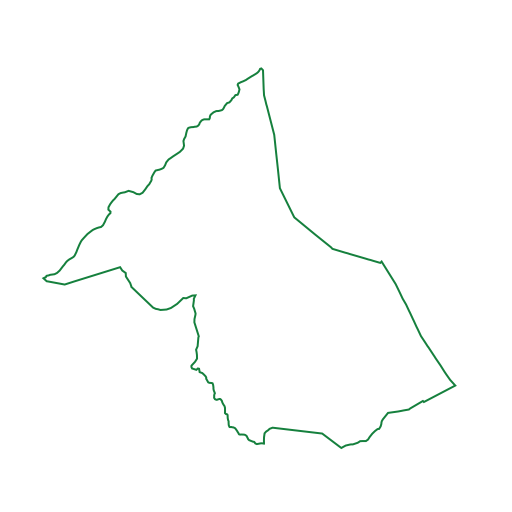 outline of Venus, Anse-la-Raye, Saint Lucia, rotated 185°
{"feature_id": "8701671B61834764030996", "entity_name": "Venus", "entity_type": "district", "adm_level": 2, "iso_a3": "LCA", "parent_name": "Saint Lucia", "parent_adm1": "Anse-la-Raye", "projection": "mercator", "projection_center": [-61.013, 13.912], "detail": "fine", "context": "isolated", "style": "outline", "palette": "green", "viewbox_px": 512, "rotation_deg": 185, "n_neighbors": 0, "source": "geoboundaries", "source_scale": "gbopen_adm2", "svg_char_len": 5909}
<svg xmlns="http://www.w3.org/2000/svg" viewBox="0 0 512 512"><g transform="rotate(185 256 256)"><path d="M231.7,69.8L231.7,70.1L232.0,72.6L232.2,76.1L232.0,80.1L230.6,82.0L228.8,83.4L227.4,85.0L224.5,86.4L174.6,84.9L154.3,72.2L150.1,75.0L145.5,76.5L143.0,76.8L138.4,78.8L136.1,80.6L133.9,80.9L130.4,81.2L128.4,82.9L127.0,85.6L124.7,89.1L122.2,92.0L119.9,94.1L119.4,94.3L118.3,94.5L117.0,97.1L116.5,99.6L116.5,101.0L116.3,102.4L115.4,104.3L110.8,111.2L100.8,113.5L97.6,114.4L95.6,115.0L94.8,115.2L90.3,116.4L89.2,117.5L77.1,126.1L76.2,125.4L76.0,125.2L46.2,144.3L49.0,146.9L51.8,149.5L56.1,154.6L58.2,157.2L62.6,163.0L67.2,168.6L68.5,170.2L69.6,171.7L69.8,171.9L76.6,180.5L76.9,180.7L79.3,183.8L84.7,190.6L86.5,193.7L88.6,197.3L89.9,199.4L93.7,206.1L93.8,206.2L98.0,213.5L98.3,213.9L102.3,220.8L106.2,226.3L109.4,231.8L113.1,238.0L114.5,240.3L130.4,261.4L131.5,260.0L132.8,260.2L139.3,261.5L141.5,262.0L143.6,262.3L146.4,262.9L147.4,263.1L153.9,264.4L163.5,266.3L164.1,266.5L164.7,266.6L166.2,266.9L167.0,267.0L168.0,267.2L180.5,269.8L180.7,270.0L182.0,271.2L198.9,282.5L210.7,290.6L221.2,297.8L222.2,299.4L238.1,325.6L241.7,344.2L244.8,359.8L248.4,378.3L258.2,406.1L258.9,407.8L260.1,411.4L262.0,416.8L262.5,420.3L262.9,422.9L265.2,441.6L266.7,443.0L267.1,443.3L268.2,442.8L268.3,442.3L269.1,440.6L270.0,439.3L271.1,438.2L272.9,436.8L273.1,436.7L274.3,435.8L274.7,435.5L275.8,434.8L279.9,431.7L281.3,430.5L284.2,428.8L286.3,427.8L286.7,427.5L288.8,426.2L289.2,424.8L288.2,423.1L287.0,420.6L287.0,420.4L287.4,417.9L287.9,416.1L288.4,415.0L290.5,414.5L291.9,412.1L293.4,410.9L294.1,409.1L295.9,406.7L298.1,405.8L300.2,402.8L300.8,401.2L301.5,399.6L302.2,398.8L302.5,398.5L302.8,398.3L303.6,398.0L305.0,397.5L305.9,397.2L308.2,396.9L310.7,395.5L311.1,395.2L311.7,394.5L312.2,394.1L313.5,392.7L313.6,392.4L313.8,391.9L313.9,391.6L314.0,391.3L314.1,390.5L314.0,389.6L314.5,388.1L316.2,387.9L317.8,387.8L319.6,387.6L320.9,387.0L321.3,386.8L322.2,386.0L323.4,384.2L323.7,383.6L324.0,382.3L324.6,381.3L324.9,381.0L325.3,380.5L326.2,379.9L326.7,379.7L328.4,379.4L329.5,379.0L331.0,378.8L332.1,378.6L333.9,378.0L334.9,377.3L335.7,375.1L336.2,372.3L336.2,372.1L336.6,368.9L337.8,366.3L338.3,364.2L337.3,359.6L338.0,356.6L340.9,353.1L343.5,351.0L347.2,348.1L349.9,345.8L351.3,344.7L352.0,343.8L353.6,341.4L354.1,339.7L354.5,338.4L355.7,336.0L355.9,335.7L357.1,334.9L358.4,334.2L360.2,333.4L360.8,333.3L361.0,333.2L361.3,333.1L363.4,332.4L364.2,331.2L364.8,330.0L366.2,326.9L366.5,326.0L366.6,325.6L366.9,324.7L366.6,323.1L366.8,322.2L367.1,321.3L367.7,320.2L368.6,318.2L370.2,316.2L372.1,312.8L374.5,309.1L377.3,307.3L380.3,307.4L383.7,308.9L388.6,309.8L392.3,308.0L394.0,307.6L396.3,306.9L398.4,305.6L399.7,303.7L402.0,300.3L403.2,299.0L404.6,296.9L405.8,294.9L407.2,291.7L407.1,289.3L404.8,287.5L404.8,285.9L406.0,284.7L407.4,282.5L408.6,279.8L409.5,277.0L411.1,273.3L412.9,271.4L415.1,270.7L417.0,269.9L419.3,268.7L420.9,267.7L422.8,266.0L425.8,263.2L429.0,259.1L431.0,256.4L431.8,254.8L433.0,251.7L434.6,246.7L435.3,244.2L436.7,240.6L437.7,239.2L439.4,237.9L441.6,236.4L443.5,234.7L444.7,233.2L446.3,230.5L447.4,229.0L450.3,224.4L452.7,221.8L455.1,220.3L456.8,219.9L459.5,219.3L460.6,218.7L461.2,218.5L462.9,218.0L463.1,217.7L463.3,217.2L463.6,216.5L464.6,216.1L465.8,215.3L462.3,212.6L460.8,212.5L444.1,210.9L435.1,214.7L390.4,233.0L388.0,229.9L384.3,227.7L383.8,224.2L379.0,218.1L377.6,215.0L377.5,214.4L354.0,195.6L351.2,194.6L348.9,194.4L346.5,193.9L344.0,194.3L340.4,194.9L336.2,196.8L330.4,201.4L324.8,207.8L321.8,207.8L316.1,211.0L312.9,211.5L314.2,208.0L314.0,206.3L314.3,200.5L313.0,198.1L311.2,193.5L311.2,192.1L311.8,187.8L311.6,184.5L306.0,171.0L306.3,169.9L306.3,161.0L307.5,157.4L306.8,155.0L306.2,152.2L305.8,148.6L307.5,145.3L310.7,141.2L310.7,139.9L309.9,138.4L305.5,137.4L304.1,138.9L302.9,138.7L302.0,135.4L299.3,134.7L297.5,133.3L295.6,131.6L295.0,130.6L294.9,129.3L294.5,128.8L292.6,126.0L292.1,125.8L291.4,125.6L290.4,125.6L289.0,125.6L288.2,125.4L287.9,124.8L287.4,123.6L287.3,123.0L287.2,122.6L287.0,121.7L286.9,121.2L286.9,120.8L286.8,120.2L286.8,119.9L286.6,119.3L286.3,118.3L285.9,117.5L285.6,117.0L285.5,116.6L285.3,116.3L285.0,115.7L285.1,115.4L285.3,115.0L285.4,114.5L285.5,113.5L285.5,113.0L285.4,112.7L285.4,111.9L285.4,111.4L285.3,111.0L285.1,110.7L284.6,110.1L284.4,109.8L284.1,109.7L283.7,109.5L283.0,109.4L282.6,109.3L281.8,109.6L281.3,109.9L280.4,110.2L280.0,110.4L279.3,110.4L279.0,110.3L278.6,110.0L278.3,109.8L277.9,109.3L277.6,108.9L277.3,108.6L277.1,108.0L276.9,107.5L276.8,107.2L276.5,106.7L276.3,106.4L276.0,105.9L275.4,105.1L275.2,104.8L274.8,104.3L274.5,104.0L274.2,103.5L274.1,103.3L273.9,102.6L273.7,102.2L273.6,101.6L273.6,101.3L273.5,100.7L273.5,100.3L273.4,99.4L273.3,98.7L273.3,98.3L273.3,97.8L273.2,96.8L272.8,96.5L272.1,95.9L271.4,95.9L271.1,95.8L270.7,95.5L270.5,95.2L270.4,94.7L270.3,94.2L270.3,93.8L270.2,93.4L270.1,92.3L270.0,91.9L269.7,90.8L269.6,90.4L269.4,89.9L269.2,89.6L269.0,89.1L268.9,88.8L268.8,88.4L268.8,88.1L268.8,87.6L268.7,87.1L268.6,86.3L268.6,86.2L268.5,85.7L268.4,85.2L268.1,84.4L267.7,83.8L267.4,83.3L267.1,83.3L266.5,83.4L266.2,83.4L265.4,83.5L265.1,83.4L264.7,83.3L264.2,83.3L263.6,83.3L262.0,82.7L261.7,82.5L261.4,82.2L260.7,81.4L260.1,80.7L259.3,79.7L259.0,79.2L258.3,78.4L257.6,77.2L257.3,76.9L256.4,76.7L256.1,76.7L255.8,76.8L255.4,76.9L254.6,76.9L252.8,77.0L252.3,77.0L251.6,76.9L251.0,76.7L250.8,76.6L250.5,76.4L250.3,76.3L250.0,76.1L249.8,76.0L249.5,75.6L249.3,75.4L249.2,75.1L249.1,74.9L248.8,74.5L248.7,74.3L248.4,73.9L248.3,73.6L248.0,73.2L247.9,72.9L247.5,72.6L247.3,72.3L247.1,72.2L246.5,71.8L245.8,71.7L245.5,71.6L245.2,71.5L244.8,71.3L244.2,71.2L243.1,70.8L242.7,70.8L242.1,70.7L241.7,70.7L241.4,70.5L240.9,69.8L240.6,69.6L240.3,69.2L238.8,68.7L238.4,68.8L237.7,69.0L236.9,69.2L236.3,69.4L234.8,69.8L234.2,69.9L233.9,69.9L233.5,69.9L232.7,69.9L232.3,69.8L231.7,69.8Z" fill="none" stroke="#15803d" stroke-width="2"/></g></svg>